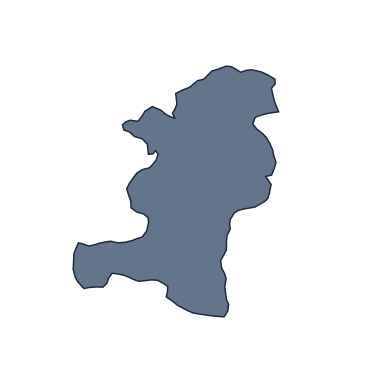 Americana, São Paulo, Brazil (Mercator projection), rotated 303°
{"feature_id": "56859067B58997870445641", "entity_name": "Americana", "entity_type": "district", "adm_level": 2, "iso_a3": "BRA", "parent_name": "Brazil", "parent_adm1": "São Paulo", "projection": "mercator", "projection_center": [-47.295, -22.724], "detail": "fine", "context": "isolated", "style": "filled", "palette": "slate", "viewbox_px": 384, "rotation_deg": 303, "n_neighbors": 0, "source": "geoboundaries", "source_scale": "gbopen_adm2", "svg_char_len": 1979}
<svg xmlns="http://www.w3.org/2000/svg" viewBox="0 0 384 384"><g transform="rotate(303 192 192)"><path d="M331.8,200.2L331.5,192.4L330.4,184.5L327.0,175.4L323.4,171.1L318.9,167.5L318.9,162.5L318.5,156.5L316.0,151.9L309.4,147.2L304.4,142.8L292.9,140.4L288.3,136.0L282.4,134.2L278.2,132.7L271.7,128.1L265.8,124.7L257.4,131.5L252.1,132.6L247.4,132.7L244.7,137.2L243.3,133.0L242.9,126.8L243.7,121.3L242.0,112.2L233.9,108.5L229.1,108.8L221.9,108.2L218.4,100.9L215.0,98.5L210.5,97.0L206.9,101.1L208.3,106.8L207.2,113.6L209.5,121.2L207.8,128.5L199.9,134.9L202.7,138.4L207.0,139.0L204.9,143.1L199.0,144.6L193.3,144.0L188.7,142.8L183.8,138.2L178.0,135.5L171.8,135.0L164.9,134.8L159.2,135.4L155.6,139.6L151.0,145.7L145.6,149.5L145.1,156.2L147.2,163.7L146.5,169.3L142.5,172.3L134.8,175.2L127.0,174.7L123.3,171.5L118.5,168.1L113.3,163.2L108.7,157.1L106.5,150.7L103.1,146.8L98.8,142.4L94.7,139.1L90.5,134.9L89.3,129.6L87.5,124.4L81.7,125.4L76.5,126.4L72.8,128.4L67.6,131.5L62.4,134.5L57.4,139.9L54.5,145.1L52.2,153.9L55.7,157.5L60.3,163.6L63.8,169.2L69.2,170.3L74.3,169.0L80.4,169.3L83.6,176.1L85.2,180.8L86.2,185.8L86.8,190.5L88.2,196.1L90.9,199.4L96.5,206.3L99.2,211.2L99.7,217.6L99.7,223.0L95.0,225.7L90.0,227.6L89.9,234.3L89.1,241.4L89.6,246.7L90.0,252.0L91.1,258.8L94.7,266.9L98.0,274.0L100.3,278.7L102.4,282.6L104.9,287.0L111.7,286.8L117.8,283.8L120.1,280.1L123.7,276.8L130.0,271.3L138.1,267.7L141.5,263.5L144.3,258.3L149.9,253.4L156.9,252.9L161.9,252.5L166.0,250.0L169.6,247.6L174.8,245.0L181.8,244.3L185.7,240.9L190.2,239.0L197.4,238.9L201.5,240.7L205.4,244.1L209.0,248.0L213.5,252.9L218.4,255.4L223.6,258.1L227.7,259.1L232.5,257.8L241.5,254.2L243.3,249.8L245.1,245.3L249.5,249.5L254.9,248.5L262.6,246.3L266.7,241.1L271.0,237.0L275.2,230.6L278.2,224.8L279.5,219.0L280.0,212.2L282.1,206.0L288.6,204.4L292.4,206.6L299.0,212.5L302.4,216.3L306.5,221.0L309.4,216.6L313.3,211.5L316.4,208.0L322.3,202.1L327.7,202.9L331.8,200.2Z" fill="#64748b" stroke="#1e293b" stroke-width="1.5"/></g></svg>